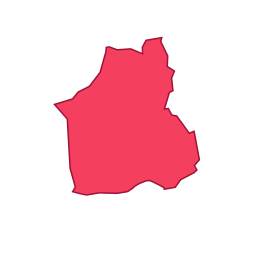 Bogdantsi, Bogdanci, North Macedonia, rotated 51°
{"feature_id": "65306769B60147523647729", "entity_name": "Bogdantsi", "entity_type": "district", "adm_level": 2, "iso_a3": "MKD", "parent_name": "North Macedonia", "parent_adm1": "Bogdanci", "projection": "albers", "projection_center": [22.598, 41.193], "detail": "fine", "context": "isolated", "style": "filled", "palette": "rose", "viewbox_px": 256, "rotation_deg": 51, "n_neighbors": 0, "source": "geoboundaries", "source_scale": "gbopen_adm2", "svg_char_len": 801}
<svg xmlns="http://www.w3.org/2000/svg" viewBox="0 0 256 256"><g transform="rotate(51 128 128)"><path d="M113.0,56.1L104.9,58.8L97.0,51.8L81.4,48.1L79.0,44.9L71.2,58.8L74.3,66.1L79.5,70.0L68.2,76.1L60.5,87.1L53.1,91.6L51.7,94.2L55.1,97.5L67.2,114.7L71.3,131.7L68.7,144.1L70.5,152.8L63.4,170.3L82.8,169.5L122.8,198.3L140.8,206.1L142.6,211.1L148.3,207.0L154.0,202.3L160.4,191.0L163.0,188.0L164.8,185.9L171.9,177.6L176.3,169.9L177.1,168.4L177.3,167.5L177.7,162.1L177.5,159.6L178.3,154.0L180.5,147.0L182.8,143.9L184.8,142.9L193.0,139.1L197.1,137.5L198.4,138.4L203.8,128.6L201.3,119.6L204.3,104.6L204.0,100.9L198.9,100.0L197.6,92.5L172.1,78.7L170.6,83.7L149.3,82.6L145.5,85.8L138.2,84.4L136.2,87.8L126.4,73.5L127.3,69.6L116.6,62.7L113.0,56.1Z" fill="#f43f5e" stroke="#9f1239" stroke-width="1.5"/></g></svg>